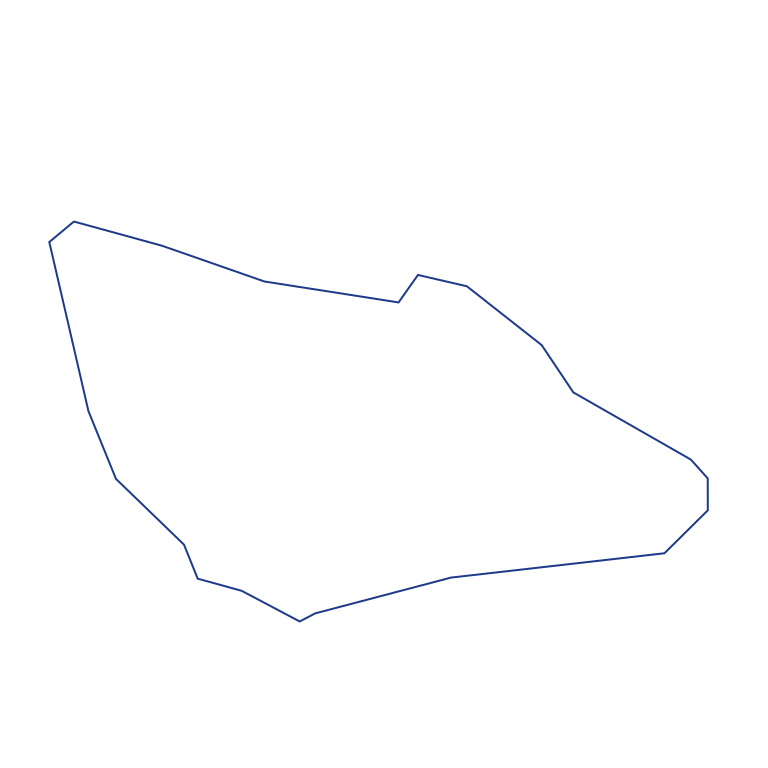 an SVG outline of Blaenau Gwent, rotated 167°
{"feature_id": "GBR-2131", "entity_name": "Blaenau Gwent", "entity_type": "Unitary Authority (wales)", "adm_level": 1, "iso_a3": "GBR", "parent_name": "United Kingdom", "parent_adm1": "", "projection": "equal_earth", "projection_center": [-3.185, 51.758], "detail": "fine", "context": "isolated", "style": "outline", "palette": "blue", "viewbox_px": 768, "rotation_deg": 167, "n_neighbors": 0, "source": "natural_earth", "source_scale": "10m", "svg_char_len": 452}
<svg xmlns="http://www.w3.org/2000/svg" viewBox="0 0 768 768"><g transform="rotate(167 384 384)"><path d="M326.4,482.6L281.3,460.6L221.6,386.4L201.4,333.2L102.0,241.3L89.8,219.2L96.9,188.1L148.8,156.0L362.1,180.3L502.6,176.0L519.6,171.6L569.2,214.5L609.3,236.2L615.0,272.4L666.5,351.8L678.1,424.1L678.1,510.8L678.2,597.6L652.9,610.4L649.5,612.0L569.3,568.7L477.5,510.8L351.5,460.2L326.4,482.6Z" fill="none" stroke="#1e3a8a" stroke-width="2"/></g></svg>